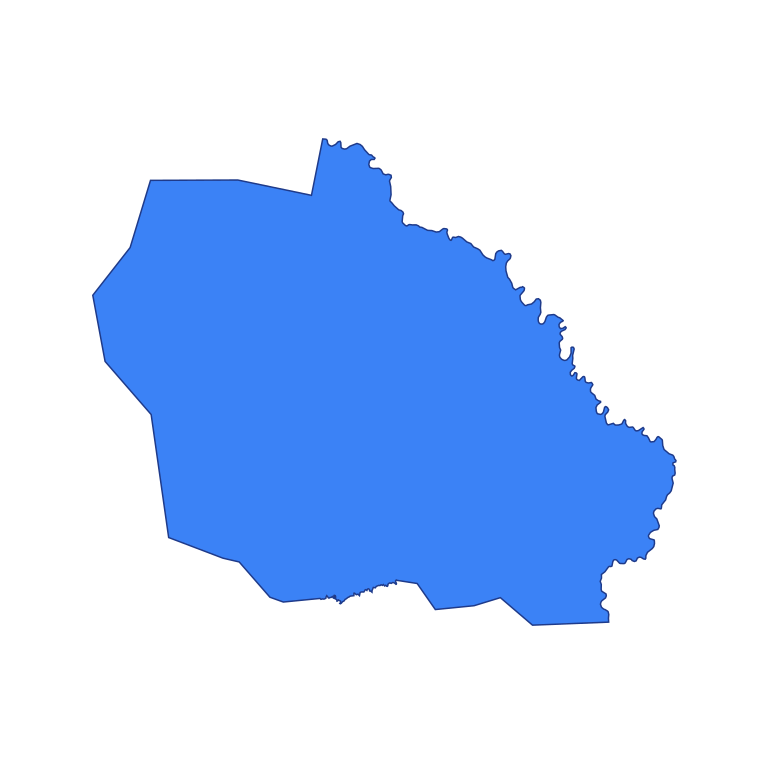 the district of Sant, Selenge, Mongolia, rotated 280°
{"feature_id": "93677404B33793870278074", "entity_name": "Sant", "entity_type": "district", "adm_level": 2, "iso_a3": "MNG", "parent_name": "Mongolia", "parent_adm1": "Selenge", "projection": "equal_earth", "projection_center": [105.356, 49.376], "detail": "fine", "context": "isolated", "style": "filled", "palette": "blue", "viewbox_px": 768, "rotation_deg": 280, "n_neighbors": 0, "source": "geoboundaries", "source_scale": "gbopen_adm2", "svg_char_len": 6158}
<svg xmlns="http://www.w3.org/2000/svg" viewBox="0 0 768 768"><g transform="rotate(280 384 384)"><path d="M188.5,646.6L192.3,645.7L196.0,645.4L198.6,644.3L199.2,643.5L200.3,640.7L200.4,639.6L201.2,638.1L202.0,636.9L204.7,635.4L206.7,635.5L208.3,636.1L211.8,639.3L214.0,639.7L215.8,639.1L217.8,634.3L219.5,633.5L224.3,632.8L227.2,631.2L230.6,631.9L234.2,631.2L237.5,634.2L242.8,636.8L243.5,637.5L243.6,639.1L244.3,640.1L248.7,640.2L250.2,640.6L250.9,641.3L251.2,642.2L251.0,643.7L248.4,647.1L248.3,648.0L248.8,651.6L249.6,652.6L253.4,653.8L254.5,655.5L254.2,658.0L253.2,659.0L252.7,661.4L253.6,663.0L256.6,663.8L257.9,665.6L257.9,667.3L256.8,669.9L256.8,671.7L257.8,672.1L260.5,671.7L264.0,672.7L268.6,676.8L270.7,677.9L273.8,678.1L276.5,677.5L277.4,677.0L277.8,672.8L278.3,671.9L279.9,670.9L281.0,670.8L284.0,672.1L285.2,673.3L286.8,675.2L288.3,678.9L290.4,679.7L292.2,679.7L298.5,676.1L300.4,673.4L303.2,671.9L304.3,671.8L305.8,672.0L308.3,673.6L309.1,675.2L309.1,678.4L309.8,678.7L313.3,678.5L318.8,681.5L322.2,681.8L324.1,682.4L326.4,684.3L328.7,685.4L336.6,686.0L340.9,684.1L342.3,683.9L343.5,684.3L344.9,686.1L346.8,686.2L350.5,685.1L352.3,684.9L353.9,684.0L354.5,682.6L355.8,682.3L356.6,682.4L358.0,684.8L359.4,684.8L360.6,683.3L363.0,682.0L364.1,680.7L364.8,676.9L368.1,671.2L371.8,669.2L376.9,667.9L377.6,667.4L379.8,663.6L379.7,662.9L378.9,662.2L376.6,661.4L374.2,660.0L373.3,656.9L373.6,656.1L377.0,653.7L378.7,651.9L378.5,648.9L379.0,647.4L379.5,646.9L380.1,646.6L381.7,646.5L384.6,647.9L385.4,647.6L386.1,646.7L382.3,642.6L381.7,641.0L381.7,640.0L382.2,639.2L384.5,637.0L384.8,636.2L383.9,633.1L384.0,632.1L384.9,630.6L387.3,628.7L389.9,628.3L390.8,627.2L390.0,626.4L386.2,625.3L385.5,624.4L384.3,622.0L383.8,619.4L383.9,618.5L385.1,616.7L382.8,612.2L382.8,611.3L384.2,609.8L390.3,607.2L392.1,607.2L395.2,609.2L397.6,609.7L399.5,608.2L400.1,607.1L400.3,606.3L399.4,605.3L394.7,605.0L393.2,604.4L392.2,603.6L391.6,602.4L391.8,599.4L392.6,598.6L394.1,597.8L397.6,596.8L400.4,597.6L403.6,600.5L404.5,600.3L404.8,597.9L406.0,595.4L409.4,593.5L411.6,589.5L412.5,588.7L414.8,588.2L416.2,588.4L419.5,589.8L420.8,588.9L421.5,587.9L420.5,585.3L420.6,583.3L421.0,582.3L421.7,581.7L424.8,580.8L425.9,580.2L426.1,579.5L425.7,578.6L421.4,575.7L421.6,573.9L422.1,573.0L423.2,572.4L427.3,572.3L427.8,572.1L428.4,571.1L428.3,570.0L425.4,568.8L424.7,568.0L424.5,567.4L424.8,566.8L425.7,565.9L427.9,565.4L430.2,566.6L432.5,568.6L434.2,569.0L434.8,568.8L435.5,566.7L436.6,565.8L442.1,565.5L444.9,564.8L451.5,565.2L452.9,564.3L453.1,563.6L452.8,562.4L452.2,561.9L446.8,562.9L442.9,562.1L439.6,560.0L438.9,558.9L438.5,557.3L439.2,554.6L440.8,552.6L442.2,551.9L443.6,551.7L448.1,552.1L450.5,550.5L454.9,549.4L456.4,549.7L459.1,551.9L460.1,552.0L461.6,551.2L463.5,548.9L464.7,548.6L466.1,549.1L466.9,549.8L469.0,552.8L470.6,553.6L471.3,553.5L471.9,552.5L469.9,550.4L469.2,548.2L470.7,546.6L472.9,546.0L474.5,546.6L475.7,547.5L476.9,549.2L477.6,549.4L479.7,545.7L480.0,543.8L481.6,540.5L481.9,539.2L480.5,534.3L480.0,533.3L478.0,532.3L473.4,531.6L471.9,530.9L470.8,530.0L470.4,528.9L470.3,527.6L470.7,526.5L472.1,525.3L473.9,524.7L476.4,524.4L479.8,525.7L481.8,526.0L486.2,524.8L491.6,524.3L493.7,523.4L494.8,521.3L494.1,519.2L491.1,517.7L488.4,515.4L487.0,511.8L485.9,510.3L485.8,509.2L486.4,508.2L488.4,505.6L490.0,504.1L491.2,503.5L494.5,502.6L495.3,502.8L499.7,505.4L500.9,505.8L502.8,505.7L503.3,505.1L503.9,503.6L503.0,502.5L502.9,501.4L499.6,497.3L500.6,495.1L501.4,494.1L505.4,492.3L509.0,489.4L510.5,487.4L516.6,484.5L520.6,483.5L524.4,483.5L526.8,484.5L529.0,486.2L530.1,486.6L532.4,486.7L534.0,485.5L534.1,484.0L532.8,481.0L533.1,479.9L535.3,477.6L536.0,476.3L535.0,473.7L533.7,472.3L531.8,471.4L526.1,471.5L524.8,470.7L524.4,469.7L525.0,468.3L526.0,463.2L526.8,461.3L528.4,458.9L532.4,455.2L533.4,452.9L534.5,448.4L537.4,445.1L538.3,440.9L541.3,435.9L542.0,434.1L542.2,431.7L540.7,429.1L540.7,426.9L540.3,426.1L537.6,425.4L537.1,425.0L537.1,424.4L538.6,422.7L542.7,420.2L544.5,419.5L546.5,419.8L547.2,419.5L547.6,418.7L547.5,416.0L546.9,415.0L543.6,412.0L542.7,409.0L543.4,404.5L542.9,400.3L544.8,394.2L544.8,391.8L545.7,390.6L546.3,388.1L545.6,384.4L545.5,381.7L545.2,380.8L543.6,379.1L543.8,377.6L545.9,374.4L547.0,373.7L553.0,373.2L555.0,373.7L556.6,372.8L557.8,370.7L558.1,368.2L561.3,363.1L563.9,360.1L565.1,358.3L565.9,357.9L571.6,358.1L579.7,356.3L584.7,354.2L585.9,354.3L588.6,355.4L590.8,354.7L591.3,352.4L591.2,351.5L590.3,349.4L590.8,346.7L594.3,344.0L595.3,342.2L595.5,341.4L594.3,335.8L594.7,333.2L595.2,332.2L597.6,330.9L601.0,331.0L602.9,332.5L603.4,335.3L604.8,335.9L605.3,335.5L605.8,333.9L607.3,332.0L607.3,329.6L607.6,329.0L611.3,324.2L614.3,321.4L615.7,318.9L616.2,315.6L612.3,309.2L609.2,306.3L608.5,304.4L608.7,301.9L609.7,300.6L614.3,299.5L615.4,298.6L614.6,296.8L611.5,294.7L609.3,291.7L609.1,290.6L609.6,288.7L610.3,287.6L611.4,286.7L613.9,285.8L614.8,285.0L615.0,284.2L614.7,281.1L557.2,279.8L559.5,204.6L544.0,118.7L474.3,110.3L420.8,81.8L357.8,105.4L313.5,160.0L195.4,198.6L184.5,255.7L183.6,272.3L154.2,308.7L151.8,322.7L161.7,358.2L161.0,359.3L161.7,360.9L161.7,362.2L162.8,363.9L164.5,364.0L165.6,364.4L163.7,366.5L163.6,367.0L164.3,367.8L164.7,369.1L165.7,370.0L164.5,371.2L164.2,372.2L165.1,372.4L166.6,371.4L167.2,371.6L167.3,372.0L167.1,372.8L166.4,373.2L163.9,373.6L163.3,375.0L162.0,375.4L162.3,376.0L163.4,376.6L162.6,378.9L161.1,379.1L160.2,378.6L160.0,379.2L160.7,380.0L162.4,381.0L163.5,382.4L165.2,383.1L165.6,383.8L167.8,385.8L168.0,386.4L169.2,387.5L170.3,391.1L172.7,390.7L172.9,391.4L171.7,393.3L172.5,394.9L171.3,396.6L174.5,396.7L175.2,397.6L175.7,400.3L178.2,401.3L178.3,401.8L177.7,403.0L179.0,403.3L179.6,404.1L179.2,405.3L177.7,405.8L177.7,406.9L176.9,408.3L178.4,408.1L181.8,408.8L181.8,410.9L183.3,411.5L184.7,413.7L184.8,415.0L185.8,416.0L185.4,417.4L186.4,418.2L185.2,419.7L186.1,420.7L185.3,421.8L185.3,422.4L186.0,422.8L187.4,422.6L188.9,423.8L189.1,424.4L188.9,425.7L190.1,427.2L189.9,428.8L188.8,430.6L189.0,430.9L189.7,430.9L191.9,429.5L193.1,430.1L192.9,431.1L193.3,451.3L170.8,473.7L181.3,511.2L193.8,535.7L172.3,572.1L188.5,646.6Z" fill="#3b82f6" stroke="#1e3a8a" stroke-width="1.5"/></g></svg>